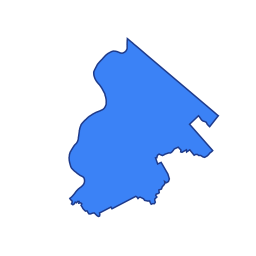 outline of Libertador General San Martín, Misiones, Argentina, rotated 332°
{"feature_id": "61730980B51540012847440", "entity_name": "Libertador General San Martín", "entity_type": "district", "adm_level": 2, "iso_a3": "ARG", "parent_name": "Argentina", "parent_adm1": "Misiones", "projection": "orthographic", "projection_center": [-54.98, -26.87], "detail": "fine", "context": "isolated", "style": "filled", "palette": "blue", "viewbox_px": 256, "rotation_deg": 332, "n_neighbors": 0, "source": "geoboundaries", "source_scale": "gbopen_adm2", "svg_char_len": 4266}
<svg xmlns="http://www.w3.org/2000/svg" viewBox="0 0 256 256"><g transform="rotate(332 128 128)"><path d="M169.4,48.8L169.2,49.2L168.3,50.5L167.9,51.3L167.6,51.7L167.2,52.5L167.0,52.8L166.8,53.2L166.4,53.8L166.4,54.0L165.3,56.0L164.7,57.2L164.4,57.5L163.9,58.1L163.3,58.4L162.7,58.8L162.1,59.1L161.2,59.3L160.8,59.4L160.4,59.5L159.3,59.4L158.8,59.4L158.3,59.3L157.8,59.1L157.1,58.6L156.5,58.2L156.2,57.8L156.0,57.5L154.4,55.6L153.2,54.5L151.2,53.2L150.3,53.0L149.1,52.8L147.3,52.8L145.5,52.8L143.5,53.1L142.2,53.4L141.1,53.8L138.8,54.6L137.9,55.0L135.9,55.6L134.1,56.2L132.1,57.0L131.3,57.3L130.6,57.7L129.0,58.8L127.4,59.9L125.7,61.1L124.2,62.3L123.6,63.2L123.2,64.2L122.8,65.0L122.5,66.0L122.3,67.0L122.1,68.3L122.0,69.9L122.1,71.7L122.2,72.5L122.4,73.6L122.5,74.0L122.6,74.7L123.0,76.1L123.2,77.0L123.4,78.9L123.5,79.6L123.5,80.0L123.6,80.8L123.6,83.2L123.6,86.9L123.0,88.8L123.0,89.0L122.9,89.8L122.7,90.5L122.5,91.2L122.3,91.8L122.2,92.2L121.9,92.9L121.7,93.4L121.5,93.8L121.3,94.2L121.0,94.8L120.6,95.4L120.2,96.2L119.8,96.9L118.1,98.3L116.7,99.2L115.9,99.5L115.3,99.7L114.7,99.8L113.7,99.8L111.3,99.7L110.4,99.6L109.7,99.5L109.0,99.5L108.9,99.4L108.0,99.3L107.4,99.2L106.5,99.2L105.6,99.2L104.8,99.2L103.9,99.2L102.9,99.2L101.9,99.4L101.1,99.4L100.4,99.5L99.4,99.5L98.6,99.7L97.8,99.8L97.0,100.1L96.3,100.2L95.5,100.5L95.2,100.6L93.4,101.0L92.2,101.4L90.0,102.2L88.2,103.0L87.3,103.9L87.1,104.0L86.3,104.7L85.8,105.2L85.1,105.9L84.6,106.6L83.9,107.3L83.5,108.0L82.8,109.0L82.4,109.5L82.0,110.1L81.9,110.2L81.7,110.5L80.3,112.4L79.8,113.0L79.2,114.0L78.5,114.9L78.3,115.1L77.1,116.2L76.3,116.7L75.3,117.3L73.2,117.9L72.0,118.4L71.0,119.0L70.5,119.2L69.9,119.6L69.2,120.0L68.3,120.5L67.8,120.8L66.8,121.5L65.7,122.1L64.4,123.4L63.8,124.0L62.7,125.7L62.0,126.6L61.7,127.3L61.3,128.2L60.9,129.0L60.8,129.4L60.3,130.9L60.1,131.9L59.8,133.0L59.6,134.0L59.4,134.9L59.3,135.8L59.3,136.9L59.6,137.9L59.6,138.1L60.1,139.7L60.3,140.4L60.7,141.4L61.2,142.4L61.6,143.4L61.8,144.1L62.0,144.5L62.7,145.8L63.1,146.7L63.6,147.6L64.2,148.3L64.8,149.2L65.3,150.0L65.5,150.6L65.6,150.9L65.7,151.8L65.5,152.2L65.4,152.9L65.0,153.9L64.4,155.0L63.3,156.2L62.1,157.0L61.3,157.3L60.1,157.7L59.1,158.0L58.0,158.1L56.6,158.4L55.8,158.5L54.5,158.9L53.3,159.3L52.5,159.6L51.4,160.1L50.1,160.8L49.1,161.2L47.6,161.8L45.9,162.4L45.4,162.5L44.2,162.8L43.6,162.8L43.6,163.9L43.6,164.2L44.2,165.6L44.3,165.7L44.2,166.3L44.0,167.3L43.3,167.8L42.5,168.4L43.3,169.9L44.3,169.8L45.1,169.7L46.6,168.7L47.5,169.9L49.1,169.2L50.3,169.9L49.3,171.3L51.1,171.8L51.6,173.3L51.0,173.8L50.2,174.3L50.3,175.1L50.4,175.7L50.4,176.2L50.4,178.0L50.6,178.8L50.7,179.3L50.8,179.6L51.4,181.4L52.9,181.9L53.0,183.7L53.2,185.5L54.7,186.3L56.6,186.5L58.3,187.1L58.9,188.8L59.4,190.6L60.3,192.2L61.5,192.4L62.4,191.4L63.0,189.6L64.7,189.7L75.7,189.8L75.8,189.8L75.9,191.8L102.8,192.0L103.5,193.2L103.7,195.0L105.2,194.5L106.3,194.8L107.4,196.3L108.5,197.8L108.6,199.0L108.7,199.7L109.9,200.7L111.2,201.8L111.6,202.0L112.9,202.6L112.8,203.1L112.7,203.8L112.6,204.3L112.7,206.2L113.9,206.3L114.4,206.4L115.8,207.2L117.3,206.3L117.6,204.5L118.4,203.2L119.8,202.8L120.1,202.8L121.1,202.5L120.8,200.6L121.9,199.6L123.6,200.0L125.2,199.8L126.1,197.2L128.9,197.6L130.6,196.0L133.1,195.1L134.7,194.2L135.2,192.5L136.0,194.3L136.4,194.4L138.6,194.2L140.6,192.4L141.6,187.4L141.2,175.8L141.2,175.3L141.1,174.8L141.1,173.9L139.6,173.8L139.1,173.8L137.3,173.7L138.3,167.3L139.5,167.8L140.2,166.9L141.3,165.9L143.2,165.6L144.1,166.8L145.5,168.5L146.2,168.5L146.7,168.6L148.6,168.5L150.3,168.8L152.3,169.1L153.9,170.0L155.7,169.7L157.4,169.0L159.1,168.2L163.3,168.5L164.0,171.0L164.4,172.3L163.3,173.8L164.2,174.7L164.3,174.8L169.3,174.7L168.5,176.7L172.3,176.3L172.6,177.9L173.6,183.1L174.3,183.1L175.4,183.1L176.8,183.9L177.6,185.5L179.3,186.4L180.6,188.7L181.9,189.9L185.1,189.8L186.9,189.2L188.6,188.5L190.4,188.2L191.3,188.0L192.2,187.7L184.6,155.7L184.1,153.6L196.0,150.3L196.3,151.7L196.5,153.6L196.7,155.4L197.5,157.1L198.8,158.3L199.8,159.8L199.7,161.6L200.1,163.4L200.7,165.2L211.6,160.4L213.5,159.6L212.9,158.3L211.9,155.6L192.1,105.9L178.5,71.7L177.0,67.8L174.7,62.0L174.5,61.5L174.1,60.5L172.4,56.4L171.8,54.6L171.6,54.3L169.9,50.0L169.5,49.0L169.4,48.8Z" fill="#3b82f6" stroke="#1e3a8a" stroke-width="1.5"/></g></svg>